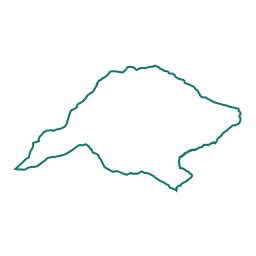 Breaza, Suceava, Romania (Natural Earth projection)
{"feature_id": "2599482B22435462631292", "entity_name": "Breaza", "entity_type": "district", "adm_level": 2, "iso_a3": "ROU", "parent_name": "Romania", "parent_adm1": "Suceava", "projection": "natural_earth1", "projection_center": [25.34, 47.631], "detail": "fine", "context": "isolated", "style": "outline", "palette": "teal", "viewbox_px": 256, "rotation_deg": 0, "n_neighbors": 0, "source": "geoboundaries", "source_scale": "gbopen_adm2", "svg_char_len": 5752}
<svg xmlns="http://www.w3.org/2000/svg" viewBox="0 0 256 256"><path d="M192.2,175.8L191.7,174.4L191.5,174.2L190.4,173.8L189.9,173.5L189.0,172.4L188.0,171.6L186.7,171.1L185.0,169.9L184.5,169.5L183.9,169.2L182.7,168.4L181.8,168.2L180.1,168.2L180.1,166.8L179.7,166.2L179.3,165.7L179.2,165.0L179.3,164.2L179.0,162.6L179.1,160.0L179.3,159.5L179.3,159.0L179.6,158.3L179.7,157.7L179.6,157.4L179.9,157.1L180.5,156.9L180.6,156.6L181.1,156.6L181.4,156.8L181.6,156.8L181.9,156.1L182.5,155.7L182.5,155.4L183.1,155.5L183.2,155.4L183.2,155.1L183.7,154.8L183.7,154.5L183.9,154.5L184.1,154.6L184.4,154.6L184.5,154.5L184.5,154.1L184.8,153.9L184.7,153.4L184.8,153.2L185.0,153.2L185.2,153.4L185.4,153.4L185.5,153.1L185.8,153.1L185.8,152.8L186.5,152.7L186.9,152.4L187.1,152.2L187.3,152.2L187.3,151.9L187.5,151.8L187.8,151.8L188.1,152.0L188.3,152.0L188.5,151.9L188.5,151.7L188.8,151.2L189.2,150.9L189.6,150.9L189.8,150.6L190.0,150.4L190.4,150.4L190.6,150.8L190.8,150.7L190.8,150.4L191.3,150.4L191.3,150.1L191.7,150.0L192.1,150.2L192.7,150.1L192.7,149.8L192.9,149.8L193.4,150.0L193.4,149.8L193.5,149.7L193.9,149.9L194.1,150.1L194.4,149.9L194.8,149.9L194.9,149.5L195.3,149.3L195.6,149.6L196.3,149.6L196.6,149.3L196.8,149.2L197.8,148.5L198.2,148.1L198.7,148.1L199.0,147.8L199.5,147.5L200.1,147.4L200.5,147.5L201.3,147.1L201.9,147.1L202.1,147.0L202.6,146.7L202.9,145.8L203.2,145.5L203.6,145.3L203.8,144.9L204.1,145.0L204.4,145.0L204.7,145.0L204.9,144.9L205.5,144.8L205.8,144.7L206.9,144.8L207.3,144.9L207.5,145.1L208.4,145.2L208.7,144.9L208.9,144.5L209.1,144.5L209.6,144.4L210.1,144.4L210.4,144.2L210.5,143.8L211.0,143.4L211.5,143.2L211.8,143.0L212.9,142.9L213.0,142.7L213.4,142.7L213.6,142.4L215.1,143.3L215.6,142.5L216.5,141.6L216.7,141.1L216.9,140.7L216.8,140.4L217.0,140.1L217.4,139.2L218.2,138.3L219.0,137.7L221.7,135.2L222.5,133.8L222.7,133.4L224.4,132.1L226.7,130.6L227.5,130.0L228.4,128.9L229.2,128.3L229.7,128.0L230.0,127.8L230.3,127.4L232.9,125.4L233.7,125.4L234.7,125.3L236.5,124.7L238.4,123.8L239.0,123.2L240.0,121.6L240.1,121.0L240.4,120.4L240.5,119.0L240.1,117.8L239.3,116.1L239.4,115.6L240.3,114.6L240.6,113.4L240.3,112.4L238.7,111.0L238.7,110.8L238.8,109.9L238.6,109.2L238.4,108.8L235.5,108.2L234.5,107.7L233.8,107.6L233.1,107.5L231.1,107.0L230.3,107.0L229.4,106.7L228.4,106.2L225.4,105.2L223.2,104.9L220.1,103.8L219.6,103.8L218.3,103.5L217.2,103.0L215.9,102.9L214.7,102.4L213.2,102.0L212.2,101.1L210.3,100.2L208.9,99.4L208.0,99.0L205.6,97.4L204.7,97.6L204.1,97.5L202.0,97.2L201.4,96.8L200.0,95.3L199.7,94.2L198.7,92.8L198.2,91.7L197.2,90.3L195.9,89.2L195.3,88.8L195.1,88.5L194.7,87.8L193.7,86.6L191.0,85.4L189.1,84.5L186.8,83.8L185.8,83.4L185.2,83.1L184.7,82.7L184.7,82.0L184.3,81.1L183.9,80.4L183.2,79.8L182.2,79.8L179.6,79.0L178.9,78.9L176.1,77.3L175.0,76.2L174.6,75.1L174.3,74.8L173.0,73.9L172.2,73.6L170.8,73.7L169.4,73.4L168.9,73.1L168.6,72.4L167.6,71.5L166.5,71.2L164.8,71.1L163.3,70.3L162.9,69.8L162.2,69.5L161.3,69.3L160.9,68.9L159.5,68.3L159.1,67.8L158.4,67.0L156.6,66.5L155.8,66.2L155.0,65.6L153.2,66.5L148.1,67.2L146.5,67.7L145.5,68.2L144.6,67.9L140.6,68.1L140.0,68.4L139.0,68.5L136.9,70.0L135.3,69.1L135.2,68.5L133.2,67.2L130.4,66.8L127.3,67.2L127.1,68.0L125.7,69.9L124.6,70.7L124.0,71.6L122.2,72.5L120.4,72.1L114.2,71.2L111.0,71.4L110.0,71.9L109.3,72.7L109.0,73.5L106.9,75.7L103.5,77.9L102.7,78.1L102.1,78.6L101.7,79.4L101.0,79.8L98.8,80.7L98.1,81.8L97.6,82.7L96.8,83.4L97.0,84.0L96.9,84.2L97.2,84.4L96.7,84.9L96.5,85.4L96.7,85.6L96.0,86.7L95.7,86.9L94.7,88.9L94.1,89.6L94.0,90.3L93.0,91.5L92.6,92.1L91.6,92.4L90.8,93.3L89.7,93.7L87.3,95.6L86.9,96.3L86.2,97.2L86.1,97.9L84.2,99.8L83.6,100.6L83.3,101.1L82.7,101.2L81.9,101.9L80.2,103.0L79.2,103.4L78.1,104.1L77.6,104.5L77.3,104.9L77.0,105.9L77.1,107.1L76.8,107.2L76.0,107.9L74.7,108.7L70.9,110.5L69.5,114.3L67.1,121.8L67.1,122.9L66.9,123.8L66.0,124.9L65.0,126.5L61.0,128.6L55.4,129.8L54.7,130.5L53.1,130.8L52.1,130.2L46.2,130.7L44.8,131.9L43.9,132.1L43.2,132.9L42.5,133.8L41.3,135.2L40.3,136.0L39.3,137.7L38.7,139.0L38.9,141.2L34.9,142.3L33.1,143.1L33.0,143.3L33.2,144.6L33.2,146.5L32.6,147.4L32.4,148.0L32.0,148.8L30.9,150.4L30.4,151.4L30.3,152.3L29.8,153.3L28.8,157.4L28.1,157.7L25.4,159.5L24.7,160.0L24.6,160.5L15.4,169.0L17.1,169.3L19.4,169.5L21.4,169.4L22.2,169.6L23.5,169.6L24.5,169.8L25.4,169.4L26.1,169.2L26.4,168.8L27.1,168.4L27.7,167.9L29.0,167.5L29.7,167.4L30.9,167.0L31.5,167.0L32.7,166.8L34.6,166.8L36.2,166.4L36.9,166.4L38.3,165.6L38.8,164.9L39.2,164.6L39.7,164.4L40.3,164.1L41.2,163.1L41.7,162.9L43.1,161.7L44.3,161.0L45.4,160.1L46.5,158.8L47.7,158.0L48.5,157.8L48.9,157.6L50.0,157.5L52.1,157.0L55.2,156.9L56.4,156.5L59.6,156.0L61.7,155.3L64.2,154.7L64.6,154.5L65.5,154.2L67.8,152.9L69.9,151.4L72.0,150.3L75.4,147.8L76.2,147.1L76.7,146.8L77.8,145.9L79.1,145.2L79.8,145.1L80.4,145.0L82.1,145.3L82.6,145.3L84.2,144.8L85.3,144.3L85.6,144.3L86.4,144.6L87.8,145.6L89.2,146.8L89.6,147.8L90.4,149.0L91.1,149.2L91.5,149.6L92.0,150.7L92.2,151.7L92.6,152.3L93.5,152.8L94.2,153.0L95.4,153.5L96.5,153.9L97.5,154.6L97.8,154.9L98.7,156.1L98.7,156.3L98.6,156.7L99.0,157.4L99.7,158.1L100.4,158.7L104.5,167.1L112.5,171.7L117.6,171.2L124.3,174.0L126.7,174.8L128.8,173.9L130.9,172.8L131.5,173.4L132.4,173.8L135.9,173.6L137.5,173.8L138.2,173.3L141.6,171.4L144.2,172.8L146.1,172.9L147.1,173.3L147.6,173.4L148.6,173.4L150.9,174.5L151.9,175.3L153.5,176.1L154.8,177.3L156.4,178.4L161.0,181.2L162.8,181.9L163.9,182.6L164.4,183.0L165.2,183.3L166.3,184.2L168.4,185.1L168.9,185.6L169.1,186.0L169.2,186.4L169.5,187.0L170.5,188.0L170.8,188.1L172.1,188.3L174.9,189.6L176.0,189.9L176.4,190.4L176.7,189.1L176.4,187.9L177.0,187.4L178.1,186.1L179.7,185.5L180.5,185.5L180.4,185.2L182.5,183.2L185.8,181.5L186.9,180.6L188.0,179.9L189.0,179.0L190.7,178.0L192.2,175.8Z" fill="none" stroke="#0f766e" stroke-width="2"/></svg>